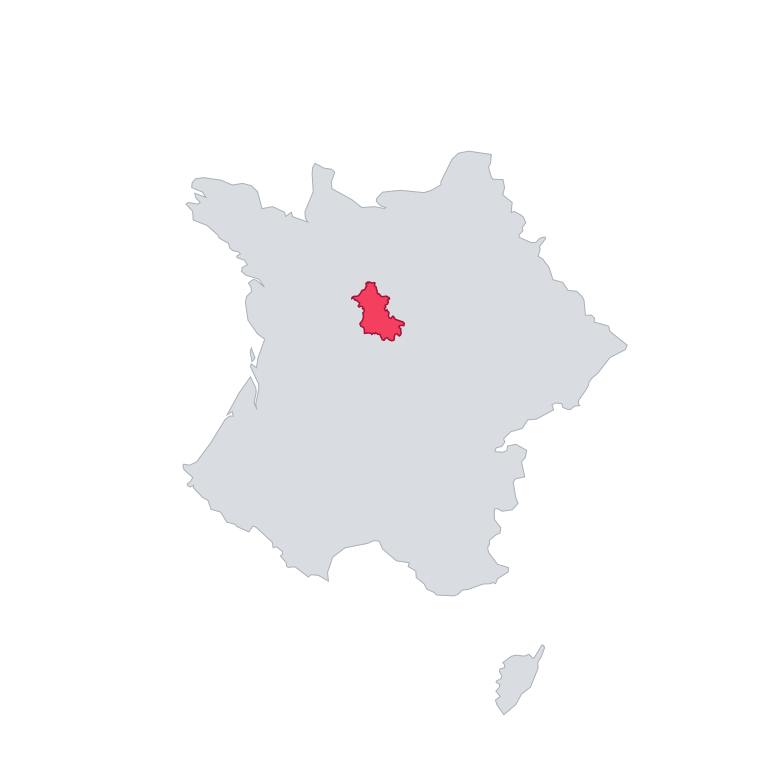 Loir-et-Cher highlighted on a map of France, rotated 24°
{"feature_id": "FRA-5314", "entity_name": "Loir-et-Cher", "entity_type": "Metropolitan department", "adm_level": 1, "iso_a3": "FRA", "parent_name": "France", "parent_adm1": "", "projection": "mercator", "projection_center": [1.32, 47.658], "detail": "fine", "context": "in_parent", "style": "filled", "palette": "rose", "viewbox_px": 768, "rotation_deg": 24, "n_neighbors": 0, "source": "natural_earth", "source_scale": "10m", "svg_char_len": 6450}
<svg xmlns="http://www.w3.org/2000/svg" viewBox="0 0 768 768"><g transform="rotate(24 384 384)"><path d="M571.6,324.1L567.3,326.5L564.6,331.5L561.8,332.6L556.8,332.6L554.4,329.6L548.4,331.6L545.9,334.7L549.5,338.5L537.5,354.1L530.0,358.3L528.3,368.4L519.3,376.0L516.0,383.9L515.7,385.5L518.0,388.1L517.0,393.2L512.5,396.6L512.5,399.9L513.8,400.4L520.7,397.7L523.4,394.7L522.0,390.5L529.0,385.4L541.4,386.6L542.9,393.5L541.3,399.2L550.3,411.6L542.5,417.3L542.0,421.1L550.0,433.5L555.0,438.6L552.3,446.8L543.8,452.1L538.4,451.7L536.1,453.0L536.4,455.5L540.1,463.0L549.2,467.8L550.6,473.4L548.1,475.4L543.9,483.8L545.7,487.9L545.0,489.7L545.9,492.6L548.3,495.4L560.9,502.5L572.4,501.1L573.8,505.2L566.8,516.1L567.2,521.0L563.7,521.1L563.1,522.8L556.0,526.4L544.6,537.3L539.3,540.5L537.2,546.0L534.1,549.1L517.7,555.4L514.7,554.0L506.7,554.1L501.8,550.2L492.2,547.7L489.1,541.9L480.3,540.9L479.8,537.0L467.3,540.5L449.8,535.3L443.6,529.6L438.5,531.1L434.0,536.2L415.1,549.4L407.6,563.1L409.0,579.0L413.4,586.7L401.9,585.5L395.1,587.8L393.3,591.1L377.0,587.2L371.0,590.5L369.4,590.3L367.3,587.0L359.3,583.2L360.5,580.6L359.4,578.3L351.9,576.4L349.3,578.7L346.5,574.1L325.4,566.9L322.0,567.0L320.7,574.1L307.2,574.0L305.2,572.7L296.5,574.2L287.2,567.5L276.9,568.8L270.6,561.9L264.4,561.4L255.7,557.9L251.8,556.0L251.3,554.0L248.7,557.1L245.5,556.4L244.8,555.4L246.9,551.6L247.3,547.1L236.4,543.8L233.6,540.6L233.5,538.8L239.4,537.3L244.6,531.1L249.6,508.4L253.2,481.3L255.9,476.1L259.3,474.7L256.6,471.0L253.2,475.9L255.3,450.8L259.1,431.8L268.3,439.6L270.4,443.0L273.1,454.2L278.3,459.0L274.9,454.4L271.6,439.4L269.6,435.1L255.0,422.5L254.5,419.6L260.9,421.1L258.3,411.6L256.8,391.6L247.9,389.6L233.8,381.0L224.0,365.5L222.9,359.7L225.4,353.6L223.2,349.6L219.0,346.9L222.2,341.6L225.1,341.1L235.4,344.1L227.0,339.1L213.4,340.8L208.0,339.0L207.1,335.4L210.7,330.6L206.2,327.6L198.4,328.3L197.5,327.1L199.8,323.6L197.8,322.4L191.5,323.7L187.9,322.6L184.5,318.7L174.2,317.8L171.9,315.6L157.8,311.1L143.0,311.8L138.9,304.0L129.9,300.2L131.6,297.7L140.7,295.4L142.4,293.2L135.8,290.0L133.5,286.7L145.6,286.0L140.1,282.5L128.4,282.8L126.9,278.1L128.4,273.2L135.2,268.9L152.1,264.1L164.5,263.9L173.2,258.3L181.9,256.8L190.1,259.6L201.2,273.4L210.1,267.3L223.3,267.5L226.0,270.9L229.5,264.7L232.4,268.3L248.5,267.1L244.8,264.6L241.7,258.8L241.1,237.0L232.8,221.1L230.8,215.3L231.3,210.4L240.9,211.3L248.9,209.1L252.8,210.6L253.7,220.9L257.1,226.8L279.3,228.6L292.1,231.8L302.9,226.0L313.0,223.5L313.8,222.1L308.0,222.6L302.6,220.1L301.9,217.4L304.7,209.3L320.1,200.4L342.7,192.9L348.5,187.8L355.2,178.7L353.7,176.3L354.7,151.1L358.1,142.9L366.7,136.8L388.7,130.7L391.5,138.9L391.3,143.4L397.1,150.5L400.0,152.7L409.6,148.9L414.2,155.5L415.6,162.9L427.2,166.0L430.5,175.6L432.6,173.5L439.9,173.9L443.3,174.8L448.0,179.0L446.6,184.7L448.6,187.5L446.6,192.8L448.0,195.0L461.3,195.0L465.3,192.7L467.1,187.4L471.1,184.2L472.6,185.2L470.1,195.1L471.9,197.6L472.9,204.6L477.9,205.2L487.7,210.7L495.9,220.0L506.0,218.5L514.0,223.6L522.3,220.9L530.0,223.8L532.8,226.4L540.0,239.3L545.6,236.7L549.5,238.3L550.8,241.9L565.7,239.8L568.4,243.4L571.4,244.7L590.3,249.6L590.5,254.3L579.6,268.0L574.9,287.3L571.7,293.9L570.5,298.9L571.4,302.2L570.8,307.4L568.5,319.8L569.8,323.4L571.6,324.1ZM638.6,568.5L637.7,575.6L640.3,580.8L641.1,601.4L635.8,611.2L634.8,623.1L628.0,637.3L617.6,631.0L614.4,627.5L617.3,622.1L611.2,619.2L612.7,613.9L612.0,611.3L607.8,611.0L607.5,609.6L610.7,605.6L610.6,603.0L606.5,599.9L605.8,597.1L609.7,593.9L607.9,591.0L605.8,590.3L611.0,581.0L614.7,578.1L622.9,575.5L626.3,572.0L631.7,573.9L632.6,573.0L634.4,558.1L636.3,557.9L638.0,559.8L638.6,568.5ZM255.6,412.7L254.4,417.2L248.8,409.4L248.1,405.1L255.6,412.7Z" fill="#d9dde1" stroke="#a8b0b8" stroke-width="1"/><path d="M364.1,344.0L359.9,340.3L358.1,341.1L357.6,341.0L356.8,340.7L355.6,340.5L355.5,340.8L355.3,341.6L355.2,341.9L354.4,341.8L353.6,341.9L353.0,342.5L352.8,343.6L350.9,343.1L349.1,343.6L345.6,345.7L343.7,342.0L342.5,340.8L341.0,340.5L339.8,340.7L339.4,340.6L338.1,339.5L337.7,339.0L337.5,338.3L338.2,335.9L338.4,334.0L338.2,332.1L337.7,330.6L336.5,328.5L336.0,328.1L335.8,327.8L335.8,327.3L335.9,326.9L336.3,326.4L336.4,326.0L336.3,325.5L336.2,325.1L335.3,323.7L335.0,323.6L334.7,323.7L334.3,324.0L334.0,324.1L333.8,324.0L333.7,323.7L333.6,322.9L333.5,322.6L333.3,322.4L333.0,322.3L332.5,322.2L331.4,322.3L330.9,322.6L330.2,323.6L329.8,323.8L329.3,323.7L329.0,323.5L328.7,323.0L328.8,322.4L329.0,321.2L328.9,320.4L328.6,319.9L328.1,319.7L324.6,318.7L324.3,318.8L323.7,319.3L323.4,319.2L321.6,318.2L321.2,318.1L320.7,318.2L320.2,318.5L319.9,319.0L319.6,318.3L320.0,317.2L320.8,316.3L321.6,315.8L322.0,315.7L322.8,315.3L323.9,314.6L324.4,314.2L324.7,313.7L325.6,310.8L325.7,310.4L325.7,310.0L325.7,309.6L325.7,309.2L325.7,308.8L325.7,308.4L325.8,307.9L326.0,307.3L326.4,306.9L326.9,306.6L327.7,305.8L328.1,305.3L328.2,304.8L328.0,304.0L327.9,303.5L328.0,302.9L328.3,301.7L328.3,301.2L328.1,300.9L327.5,300.8L327.3,300.8L327.1,300.5L327.0,300.2L326.8,299.8L326.6,299.4L326.6,299.0L326.9,298.7L327.2,298.6L327.9,298.6L328.3,298.5L328.6,298.3L328.6,298.0L328.4,297.7L328.1,297.5L327.9,297.3L329.1,296.8L331.4,296.7L332.7,296.3L333.6,295.5L334.1,295.3L334.6,295.4L334.9,295.9L335.0,297.4L335.2,297.9L335.7,298.2L336.9,298.4L337.4,298.7L338.3,300.1L339.8,301.7L340.9,303.6L341.3,304.0L341.5,304.1L342.3,303.7L343.0,303.7L345.6,305.0L346.4,305.0L347.3,304.7L350.1,303.0L350.8,302.7L351.6,302.8L352.6,303.3L352.6,303.1L353.3,303.0L353.7,303.1L354.1,303.4L354.3,304.2L354.1,304.8L353.4,305.7L353.2,306.3L353.6,306.7L354.3,307.0L354.7,307.5L354.7,309.6L353.7,310.7L353.1,311.7L354.4,313.2L354.2,313.6L353.8,314.4L353.6,314.7L355.4,316.5L355.9,316.4L356.1,316.1L356.5,315.0L357.8,316.0L359.3,316.6L359.7,317.1L360.2,319.7L361.1,320.8L362.3,321.5L363.4,321.4L364.1,320.1L364.2,318.9L364.4,318.5L364.8,318.4L365.8,318.8L367.7,320.2L368.8,320.3L376.0,319.6L377.9,320.4L378.4,322.6L375.7,323.6L374.6,324.4L374.5,325.9L374.9,326.5L376.4,326.4L377.0,326.9L377.8,329.0L378.7,330.0L378.9,330.7L379.1,331.5L379.1,332.3L378.6,333.8L377.6,333.8L375.3,332.9L374.8,333.1L374.4,333.5L374.1,334.1L374.0,334.8L374.0,335.7L374.2,336.5L375.2,339.2L375.2,339.8L374.8,340.4L373.5,341.3L371.7,341.5L369.9,341.3L368.0,340.5L367.7,340.6L366.8,341.7L366.6,342.1L366.6,342.5L366.6,343.2L366.6,343.5L366.4,343.8L365.9,344.2L365.3,344.3L364.6,344.2L364.1,344.0Z" fill="#f43f5e" stroke="#9f1239" stroke-width="1.5"/></g></svg>